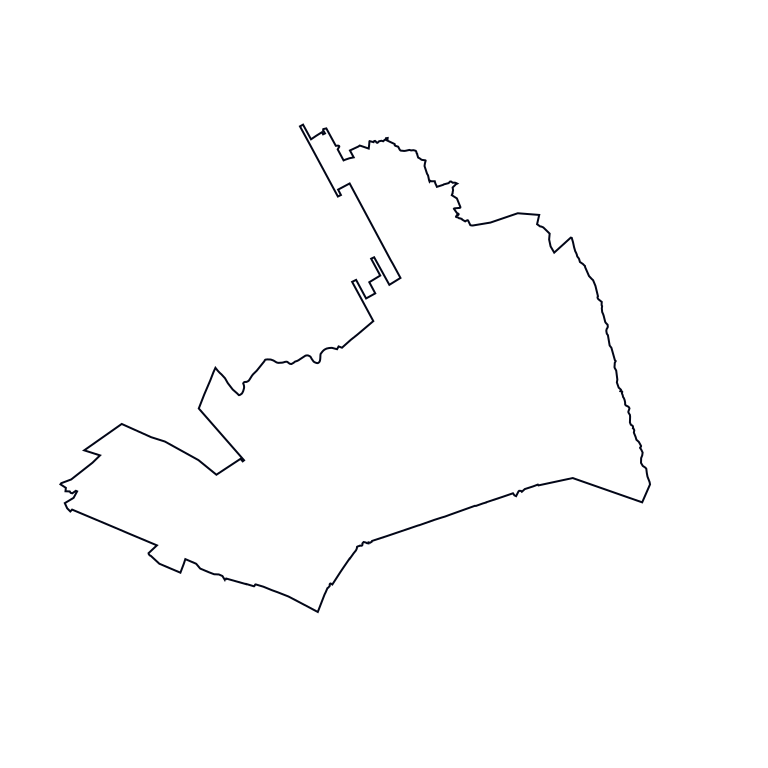 outline of Juárez, Nuevo León, Mexico, rotated 196°
{"feature_id": "50627088B92214080906145", "entity_name": "Juárez", "entity_type": "district", "adm_level": 2, "iso_a3": "MEX", "parent_name": "Mexico", "parent_adm1": "Nuevo León", "projection": "albers", "projection_center": [-100.116, 25.608], "detail": "fine", "context": "isolated", "style": "outline", "palette": "ink", "viewbox_px": 768, "rotation_deg": 196, "n_neighbors": 0, "source": "geoboundaries", "source_scale": "gbopen_adm2", "svg_char_len": 6130}
<svg xmlns="http://www.w3.org/2000/svg" viewBox="0 0 768 768"><g transform="rotate(196 384 384)"><path d="M406.1,151.1L384.8,146.6L383.1,165.4L382.7,167.5L382.1,172.2L381.5,172.8L380.5,175.0L381.0,176.5L380.8,177.1L380.6,177.4L380.2,177.5L378.4,177.0L374.0,191.5L372.5,196.1L369.0,206.6L368.8,206.5L366.9,211.8L366.7,212.5L365.1,216.3L364.8,218.2L365.0,220.1L364.1,220.9L362.8,221.7L362.5,222.1L361.3,222.2L360.5,222.8L360.4,223.5L360.8,224.8L360.3,226.0L360.0,226.5L358.0,226.6L357.2,226.5L356.7,226.3L355.0,226.5L355.2,227.5L353.6,227.6L352.3,229.0L352.2,229.9L339.6,238.4L316.7,254.3L311.8,257.7L311.6,257.7L298.1,267.3L291.8,271.5L288.8,273.4L284.3,276.7L263.0,292.0L262.1,292.1L256.1,296.4L253.1,298.3L253.1,298.5L252.4,299.0L239.2,308.0L229.9,314.5L228.8,313.6L227.9,312.9L226.1,312.6L225.1,317.8L224.6,318.6L222.8,319.0L221.8,318.4L219.7,321.8L212.4,326.7L208.4,329.7L207.6,329.1L176.7,345.6L103.2,341.4L100.6,360.8L101.7,363.0L105.2,367.6L106.8,370.8L108.5,374.8L109.6,375.6L112.7,376.6L115.2,379.0L116.4,383.7L116.1,386.5L116.5,389.4L118.7,391.9L120.2,393.1L120.3,393.5L119.7,394.6L119.8,395.3L123.1,398.6L126.0,400.0L127.5,402.4L130.4,406.1L130.7,408.6L131.9,409.9L132.5,410.0L132.5,410.6L133.1,412.0L133.7,412.4L135.5,412.9L137.0,414.8L138.4,420.4L139.1,422.1L140.7,423.5L141.3,424.2L141.5,424.9L141.3,428.2L141.7,428.7L142.7,429.5L145.8,430.1L146.6,430.9L147.1,432.6L147.8,434.0L148.5,435.2L149.6,436.6L150.6,437.4L151.5,439.1L152.6,440.4L152.8,440.9L152.8,442.1L153.3,442.5L154.1,442.4L154.5,442.2L154.8,442.2L154.6,443.7L155.3,444.2L157.4,445.2L160.6,449.7L160.9,452.5L164.5,460.9L166.7,463.1L167.1,463.8L167.7,466.7L168.0,467.9L167.6,469.9L168.6,470.5L175.4,481.5L177.7,483.2L182.2,492.6L183.7,493.8L184.7,495.8L185.0,496.5L185.1,498.2L184.7,499.6L184.6,500.6L185.4,502.6L186.8,503.4L187.8,504.0L188.5,504.7L191.5,509.9L192.5,511.4L194.1,513.3L195.5,516.8L195.8,519.0L196.5,519.7L196.9,521.0L197.3,522.9L201.1,524.5L201.7,524.9L202.3,525.5L202.7,526.3L202.5,527.3L207.8,536.6L211.6,541.4L213.2,542.2L216.7,544.3L222.9,551.8L223.3,552.8L224.0,553.1L225.9,554.2L229.3,555.3L230.9,557.9L232.1,559.0L232.7,559.3L233.7,560.3L234.3,561.5L235.8,563.4L236.6,564.1L239.0,567.9L241.4,572.4L243.8,576.2L244.8,576.2L256.6,557.2L261.8,562.2L265.1,568.4L266.2,574.2L274.0,578.4L275.3,578.6L276.4,578.7L277.3,578.5L280.9,579.8L281.4,589.3L302.5,585.0L326.2,568.5L342.4,560.8L343.8,560.5L344.8,560.5L348.3,564.4L349.0,564.4L350.4,563.2L350.8,562.7L354.2,563.6L354.9,564.2L355.6,564.1L356.5,564.2L357.4,564.0L358.8,564.5L360.6,564.4L360.9,564.6L360.9,564.9L360.4,566.5L359.5,566.8L359.2,567.0L359.0,567.6L359.1,567.9L359.7,568.2L361.1,568.5L365.1,571.7L365.0,572.0L364.8,572.2L359.7,574.2L359.3,574.6L359.3,575.1L365.1,582.5L370.9,584.2L370.8,585.5L370.6,586.0L370.9,587.5L371.0,589.1L371.1,589.5L372.2,591.8L370.6,594.6L370.0,595.8L368.9,596.8L369.8,597.0L371.3,597.1L372.7,596.7L373.4,596.4L375.3,597.1L376.3,596.8L377.3,594.9L381.5,592.4L382.1,591.7L387.5,588.1L388.8,589.7L389.9,590.9L391.1,592.9L394.4,591.9L395.4,592.1L395.9,591.0L396.9,592.4L399.0,596.4L399.5,597.0L400.6,598.0L405.0,604.5L405.2,605.1L405.5,607.5L405.5,609.7L405.6,610.3L405.9,610.4L409.3,609.9L410.3,610.1L411.8,610.7L413.6,611.1L415.3,613.7L415.5,614.3L415.8,614.5L416.0,614.6L416.2,614.8L416.5,615.4L417.2,616.4L417.8,616.9L420.0,616.9L421.4,616.4L422.3,616.0L424.1,616.0L427.4,614.2L428.8,613.6L432.1,613.0L432.4,613.0L432.9,613.2L433.5,613.6L435.8,616.0L438.8,616.1L439.5,616.5L439.7,617.3L439.9,617.6L448.5,619.0L448.0,619.9L448.3,621.5L449.8,620.8L449.6,619.8L450.0,619.3L450.5,619.1L451.7,617.1L453.5,617.1L455.6,616.0L456.7,614.1L457.2,614.0L457.6,614.0L458.7,614.8L459.6,615.2L460.3,614.9L460.6,614.3L460.7,613.6L464.8,613.5L464.9,613.3L464.2,609.9L463.6,606.1L471.6,606.5L473.1,606.5L474.0,605.3L481.1,599.1L475.6,593.5L479.4,591.5L483.0,589.0L484.5,587.8L493.2,596.8L492.4,599.7L492.5,600.1L492.8,600.4L493.4,600.5L493.8,600.5L496.0,599.7L509.9,613.8L512.6,612.3L512.5,611.2L509.8,608.6L511.4,607.2L513.1,608.9L517.5,604.0L521.6,599.1L533.3,611.0L535.8,608.5L520.8,593.3L480.0,551.5L477.5,553.8L481.7,558.2L472.3,567.3L411.9,505.1L408.6,501.9L397.4,490.5L406.2,480.8L428.4,503.1L430.9,500.9L417.5,487.2L426.2,477.8L417.4,468.7L424.8,461.3L439.5,476.4L442.8,473.4L427.9,458.2L411.6,441.5L423.3,424.0L428.1,417.3L434.4,407.3L438.0,407.6L438.7,404.5L444.0,404.4L445.5,403.9L446.8,403.4L449.0,402.2L450.6,400.7L451.4,399.6L452.1,398.3L453.2,395.5L453.1,394.4L452.4,391.5L452.1,389.9L452.0,388.6L452.2,387.4L452.5,386.8L453.3,385.9L453.8,385.7L454.8,385.6L456.8,385.8L457.9,386.2L460.3,388.1L462.1,389.9L463.2,390.3L464.8,390.5L465.4,390.4L466.1,390.2L467.3,389.6L471.8,384.4L472.7,383.3L473.9,382.2L475.7,381.0L476.8,379.4L478.2,378.0L478.5,377.7L479.0,377.6L480.2,377.5L481.4,377.9L482.7,378.5L483.1,378.6L483.7,378.6L484.3,378.4L485.4,377.9L486.7,377.0L487.9,376.4L491.4,375.2L492.7,375.1L493.5,375.2L496.7,376.1L499.6,376.3L502.9,375.5L504.7,374.7L505.1,374.1L505.3,372.9L510.0,361.7L512.5,357.3L513.2,355.6L514.5,351.1L515.0,349.8L515.8,348.9L516.8,348.1L518.2,347.7L518.8,347.3L519.2,346.8L519.5,345.8L518.3,344.1L517.6,342.5L517.4,341.2L517.4,338.2L517.8,336.2L518.0,335.6L519.1,334.2L519.9,333.5L520.5,333.3L522.4,334.4L527.9,337.0L534.4,341.8L538.4,345.7L542.8,348.4L544.9,349.4L547.4,350.9L550.5,353.1L551.2,348.3L552.0,339.5L553.9,324.4L555.3,309.4L497.5,272.1L498.5,270.7L501.3,272.5L520.1,250.6L541.4,259.7L578.8,268.3L593.2,268.7L625.1,273.3L653.9,237.6L637.3,237.1L642.5,228.0L658.4,206.0L666.9,199.7L667.4,198.4L661.2,196.5L660.6,193.1L656.5,194.1L655.2,193.0L653.5,193.0L650.8,196.4L649.4,196.2L651.0,189.0L658.0,181.5L654.3,177.2L650.4,175.0L649.2,177.3L602.5,171.7L588.9,170.0L557.8,166.3L563.7,156.5L563.3,155.7L562.0,154.7L560.7,154.5L550.4,149.3L527.7,146.5L526.9,155.9L526.7,160.9L515.4,159.5L514.8,159.3L510.1,156.1L509.7,155.9L500.6,154.8L494.9,154.3L490.3,155.4L486.4,154.9L483.2,152.0L483.2,152.6L482.5,152.6L482.1,152.8L482.0,153.5L461.2,153.6L461.2,153.8L453.2,153.7L452.9,154.1L452.5,155.7L452.1,156.0L444.0,155.9L434.8,154.9L428.8,154.5L417.3,153.4L406.1,151.1Z" fill="none" stroke="#020617" stroke-width="2"/></g></svg>